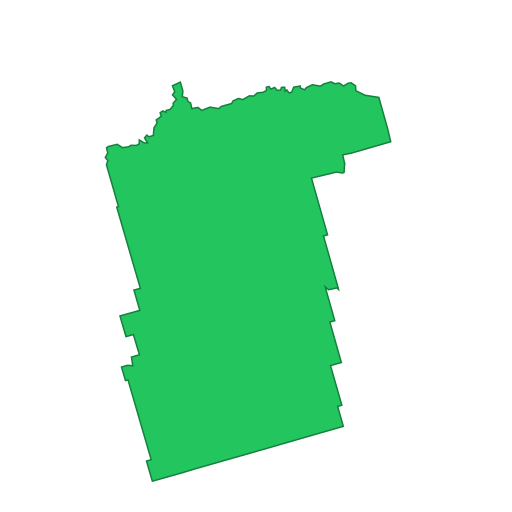 the district of Phillips, Montana, United States of America, rotated 164°
{"feature_id": "52423323B56021233404886", "entity_name": "Phillips", "entity_type": "district", "adm_level": 2, "iso_a3": "USA", "parent_name": "United States of America", "parent_adm1": "Montana", "projection": "equal_earth", "projection_center": [-108.014, 48.225], "detail": "fine", "context": "isolated", "style": "filled", "palette": "green", "viewbox_px": 512, "rotation_deg": 164, "n_neighbors": 0, "source": "geoboundaries", "source_scale": "gbopen_adm2", "svg_char_len": 1742}
<svg xmlns="http://www.w3.org/2000/svg" viewBox="0 0 512 512"><g transform="rotate(164 256 256)"><path d="M374.6,385.0L374.6,341.4L376.4,341.4L376.1,256.8L382.7,256.9L382.7,235.8L403.3,235.9L403.2,214.3L395.5,214.3L395.4,203.1L395.3,193.2L403.6,193.2L404.7,184.5L409.5,186.3L415.9,186.4L415.8,172.2L413.2,172.2L412.9,89.1L417.8,89.1L417.7,68.1L384.6,68.0L373.3,68.2L311.4,68.1L249.0,68.2L219.0,68.2L219.0,88.9L214.6,88.9L214.6,130.1L203.3,130.1L203.2,172.1L198.1,172.1L198.0,207.3L195.6,203.6L187.0,203.0L185.9,201.1L185.8,201.9L185.6,256.6L181.4,256.6L181.2,315.6L155.5,314.5L150.0,311.9L148.3,312.1L145.3,320.3L144.8,329.3L136.1,328.6L95.0,328.7L94.4,341.4L94.2,374.6L106.9,380.5L114.5,387.4L113.4,392.1L116.8,396.3L119.9,396.7L124.9,395.3L128.5,399.4L132.6,399.8L135.8,402.7L143.4,402.7L147.3,401.5L154.6,405.1L161.1,404.0L163.5,402.4L167.0,405.2L166.6,407.2L173.2,407.9L176.6,403.6L179.4,403.8L180.6,407.1L182.6,406.4L181.9,410.3L185.0,411.1L186.6,408.7L190.0,409.4L191.6,412.9L195.7,412.3L196.8,415.4L199.6,415.4L200.2,412.3L203.9,411.4L209.8,412.4L214.1,410.4L218.2,411.8L225.5,410.0L229.5,412.3L235.4,411.4L237.4,409.3L248.3,409.4L251.0,407.9L259.2,411.8L268.0,410.9L270.8,414.8L277.0,415.4L276.7,421.1L278.8,423.3L278.8,426.9L282.9,429.4L280.8,434.8L280.8,444.0L289.4,442.7L288.9,436.2L291.9,433.9L289.2,428.5L293.5,425.8L294.0,423.5L298.2,420.6L302.2,420.7L302.9,418.9L305.7,421.2L308.7,420.1L308.5,416.4L314.4,414.3L314.5,411.0L318.7,407.4L321.5,400.2L326.0,400.1L327.7,402.3L330.6,400.3L329.1,394.6L332.3,395.5L336.2,399.7L337.4,395.9L340.6,395.3L345.7,396.9L348.3,396.1L354.5,397.0L358.6,401.6L367.7,402.0L369.9,401.2L370.1,396.0L373.7,392.2L372.1,388.6L374.6,385.0Z" fill="#22c55e" stroke="#15803d" stroke-width="1.5"/></g></svg>